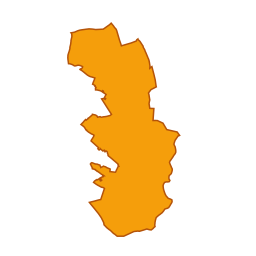 outline of Kumbotso, Kano, Nigeria, rotated 261°
{"feature_id": "59680162B97880726687240", "entity_name": "Kumbotso", "entity_type": "district", "adm_level": 2, "iso_a3": "NGA", "parent_name": "Nigeria", "parent_adm1": "Kano", "projection": "albers", "projection_center": [8.511, 11.918], "detail": "fine", "context": "isolated", "style": "filled", "palette": "amber", "viewbox_px": 256, "rotation_deg": 261, "n_neighbors": 0, "source": "geoboundaries", "source_scale": "gbopen_adm2", "svg_char_len": 5511}
<svg xmlns="http://www.w3.org/2000/svg" viewBox="0 0 256 256"><g transform="rotate(261 128 128)"><path d="M197.7,87.1L197.8,87.8L197.8,88.7L197.6,89.5L197.1,90.7L196.3,92.0L196.1,92.3L195.6,92.8L195.3,92.7L195.2,92.5L194.9,92.4L194.6,92.2L194.1,91.8L194.0,91.6L193.9,91.4L193.8,91.2L193.8,90.9L193.8,90.7L193.8,90.3L193.8,90.2L193.7,90.0L193.4,89.7L192.9,90.1L192.7,90.4L192.4,90.9L190.2,93.0L188.7,94.3L187.6,95.3L186.6,96.2L185.8,97.2L185.5,97.5L184.7,98.7L184.0,100.3L182.6,103.1L181.2,102.4L180.3,101.9L179.4,101.3L178.0,100.5L177.9,100.5L177.7,100.4L176.8,99.9L176.0,101.0L175.0,102.1L174.5,101.8L174.2,102.2L174.1,102.3L172.8,102.7L172.6,102.1L170.7,101.9L170.4,103.4L169.3,106.1L169.0,106.7L168.2,107.8L167.8,108.2L168.2,108.6L168.8,108.9L168.6,109.2L167.1,109.6L166.8,109.2L164.6,111.6L161.5,109.3L160.5,110.5L159.8,109.9L161.0,108.5L160.9,106.5L145.9,113.0L145.1,113.4L144.0,113.8L143.8,113.3L143.2,112.4L142.8,108.9L142.8,106.9L142.9,105.6L142.8,103.2L143.6,102.2L143.5,100.9L143.5,100.3L143.4,99.7L144.1,99.4L144.6,99.4L145.0,98.8L145.4,98.5L145.6,98.4L146.0,97.7L147.0,95.2L146.9,95.2L145.7,93.5L145.7,93.4L145.2,92.6L144.6,91.7L143.9,90.6L143.7,90.4L143.9,90.2L143.2,89.5L142.3,87.9L143.0,87.4L141.6,85.6L141.0,85.0L138.8,82.1L137.6,83.3L137.0,83.9L135.5,85.1L133.2,86.0L132.7,86.5L132.6,86.3L131.7,87.0L130.2,88.3L128.0,90.8L126.9,92.5L126.2,93.3L124.8,92.6L121.6,89.8L121.0,89.5L113.2,95.8L112.4,95.3L112.2,95.0L110.8,96.0L111.1,96.8L111.2,97.1L111.9,97.4L111.2,97.9L109.2,99.6L109.4,99.9L109.4,100.1L109.6,100.3L109.6,100.6L109.4,100.7L109.4,100.8L109.5,100.9L109.6,101.0L109.0,101.2L109.0,101.3L109.1,101.5L108.6,101.7L108.4,101.5L108.1,101.6L108.6,102.5L108.6,103.0L108.4,103.2L108.1,103.5L107.8,103.7L107.5,103.7L106.9,103.8L106.2,103.8L105.8,103.9L105.5,104.0L105.1,104.1L104.5,104.1L104.1,104.1L103.8,104.0L102.4,105.3L99.3,108.0L98.4,108.7L97.2,109.8L94.4,112.1L93.7,112.7L93.1,112.3L91.5,113.0L91.4,112.5L91.3,112.1L90.7,111.6L90.4,111.5L89.6,111.0L88.6,110.2L87.1,109.3L86.6,109.0L86.3,108.5L87.8,103.3L90.2,104.0L91.0,102.9L91.4,102.1L91.7,101.6L92.2,100.8L92.8,100.2L93.0,100.0L93.2,99.7L93.3,99.5L93.4,99.3L93.6,98.8L94.1,97.8L94.2,97.7L93.7,96.8L93.7,96.5L93.6,96.2L93.5,95.7L93.2,95.0L93.7,94.9L94.2,94.8L95.0,94.5L95.7,94.5L96.6,92.8L97.2,91.8L97.3,91.4L97.3,91.0L97.6,90.1L98.0,89.4L98.3,88.8L98.7,88.2L99.0,87.7L99.4,86.8L99.1,86.0L98.8,85.7L98.3,85.2L97.6,85.5L96.8,85.7L96.1,85.9L95.4,86.1L94.2,86.6L93.8,86.7L93.7,86.5L93.4,86.7L93.2,86.6L92.1,89.2L91.6,89.2L91.1,90.0L90.9,90.0L90.4,90.5L90.1,90.7L90.2,90.9L89.1,92.0L87.4,93.7L87.0,94.0L85.5,95.7L85.5,95.8L84.9,96.4L84.5,96.8L84.5,96.6L84.5,96.2L84.4,95.7L83.8,95.8L83.7,95.2L83.6,94.8L83.6,94.4L83.4,93.8L83.2,93.3L82.9,93.4L82.8,93.2L82.4,93.2L82.3,92.8L81.4,93.1L81.3,92.9L80.6,93.8L80.0,92.9L80.7,92.5L80.6,92.3L81.9,92.1L82.6,91.9L81.9,90.7L81.7,89.7L81.6,89.4L81.9,89.2L81.7,88.8L81.5,87.9L81.2,87.6L80.9,86.7L80.3,86.1L80.0,85.8L79.7,85.5L77.7,87.5L77.3,87.9L76.5,88.9L76.1,89.3L75.7,89.9L74.2,91.8L73.7,92.5L73.1,94.1L72.7,94.6L72.0,95.3L70.5,94.5L61.6,89.9L61.6,88.5L61.4,86.4L61.0,83.0L60.6,78.2L60.2,78.4L58.3,79.5L56.6,80.5L53.2,82.5L50.2,84.2L48.3,85.3L46.9,86.0L43.5,87.6L40.0,88.7L38.2,89.2L36.1,89.2L32.8,91.5L30.5,93.6L29.6,94.6L26.1,97.2L25.3,98.2L22.9,100.3L22.8,100.5L21.8,106.9L24.8,117.6L24.8,118.8L24.7,120.2L24.7,121.4L24.2,123.1L24.6,126.2L25.3,130.8L24.2,133.2L23.7,135.0L24.7,136.9L25.7,138.1L26.4,139.3L27.9,139.2L29.5,139.7L30.5,139.9L32.5,140.6L35.1,141.8L35.6,142.5L37.0,144.7L37.6,146.0L38.3,147.2L39.0,148.5L39.8,149.4L40.4,150.1L41.3,150.9L42.1,151.6L42.4,152.9L42.5,154.2L43.0,155.7L44.4,157.0L45.9,158.2L47.5,159.6L48.7,160.1L50.2,160.1L50.7,159.4L51.1,158.9L51.9,157.4L52.3,156.7L53.3,156.1L55.0,155.0L57.2,154.3L58.7,154.0L59.9,153.8L61.1,153.6L62.5,153.5L65.5,153.6L67.5,154.6L68.6,155.8L68.8,157.4L68.5,158.9L68.6,160.4L69.7,161.2L71.2,160.5L73.2,160.7L74.6,161.3L75.0,161.9L75.5,162.7L76.2,163.6L77.9,164.5L79.7,165.2L81.1,165.2L82.4,164.7L83.3,164.6L84.1,164.3L85.4,164.0L86.6,163.7L87.6,163.6L88.6,164.2L88.9,164.4L89.9,165.5L90.7,166.2L92.0,167.5L93.8,169.0L95.3,170.6L96.0,171.0L96.6,171.4L97.2,171.5L98.6,171.7L99.8,171.7L102.1,171.6L103.2,171.2L104.9,170.8L106.8,171.7L108.5,172.6L109.3,173.4L112.2,176.1L112.6,177.8L116.4,175.9L119.4,168.4L120.4,166.0L127.3,163.3L130.8,158.1L131.5,153.9L143.2,156.6L144.0,152.6L148.7,152.6L150.0,153.0L152.3,153.9L157.9,153.9L159.4,153.7L162.3,156.7L164.2,162.4L165.2,162.3L171.1,162.4L176.5,162.0L184.9,161.2L183.6,158.9L184.1,159.0L185.7,159.4L186.6,159.4L189.5,159.4L191.6,159.3L193.2,159.0L194.1,158.7L195.1,158.5L198.0,157.8L199.3,157.5L201.0,157.0L202.1,156.8L202.4,156.8L203.5,156.4L205.3,155.7L206.1,155.7L206.7,155.6L207.0,155.5L207.7,155.1L208.9,154.6L211.6,153.4L212.6,152.7L213.2,152.2L213.9,151.7L214.4,151.7L213.8,150.5L212.6,149.7L211.5,144.5L210.2,134.3L212.5,134.0L215.7,133.4L225.9,132.1L227.5,131.7L229.6,130.3L230.8,129.8L234.2,127.8L232.9,125.9L229.5,119.0L230.3,111.5L231.3,108.2L232.0,105.0L232.1,102.5L232.2,98.2L232.2,95.8L231.9,93.6L231.0,90.1L230.9,86.6L230.5,86.8L230.2,87.0L229.6,87.1L228.5,87.1L227.8,86.9L227.1,86.9L226.6,86.7L226.1,86.5L225.4,86.2L224.1,85.7L223.5,85.4L222.8,85.4L221.8,85.0L220.8,84.8L218.8,84.1L217.7,83.6L216.6,83.2L216.1,83.2L215.7,83.1L212.9,81.9L211.9,81.3L209.4,80.1L208.3,79.9L207.1,79.6L204.9,79.4L204.0,79.4L200.8,79.3L200.4,81.0L200.0,81.6L199.6,82.4L199.3,83.0L198.9,83.4L197.9,84.6L197.6,85.2L197.6,86.3L197.7,87.1Z" fill="#f59e0b" stroke="#b45309" stroke-width="1.5"/></g></svg>